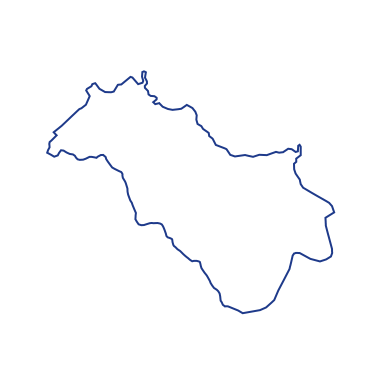 Lattakia, Lattakia, Syria, rotated 102°
{"feature_id": "27442178B94813764709421", "entity_name": "Lattakia", "entity_type": "district", "adm_level": 2, "iso_a3": "SYR", "parent_name": "Syria", "parent_adm1": "Lattakia", "projection": "orthographic", "projection_center": [35.92, 35.7], "detail": "fine", "context": "isolated", "style": "outline", "palette": "blue", "viewbox_px": 384, "rotation_deg": 102, "n_neighbors": 0, "source": "geoboundaries", "source_scale": "gbopen_adm2", "svg_char_len": 4404}
<svg xmlns="http://www.w3.org/2000/svg" viewBox="0 0 384 384"><g transform="rotate(102 192 192)"><path d="M300.0,117.2L293.4,100.9L290.6,97.0L289.5,95.5L283.5,91.1L280.6,89.1L270.4,87.1L259.0,83.9L247.0,80.6L246.8,80.6L246.7,80.6L244.5,80.6L243.5,80.5L239.3,80.4L238.7,80.4L233.2,80.3L231.6,79.6L231.2,79.5L231.2,79.4L230.9,79.1L230.4,78.4L230.0,77.8L229.5,75.1L229.5,74.8L229.3,74.0L232.8,62.3L233.3,52.4L231.0,48.4L230.0,46.7L226.2,42.7L225.4,42.6L224.7,42.5L224.0,42.4L223.2,42.3L222.6,42.2L222.1,42.3L221.2,42.6L220.8,42.7L218.6,43.2L207.8,48.7L205.3,50.0L203.5,50.9L197.1,54.1L195.0,54.6L194.5,54.8L193.5,55.0L189.5,56.1L186.2,52.7L184.4,50.8L184.1,50.5L184.0,50.4L182.4,48.7L180.2,50.0L176.7,52.1L174.1,55.6L172.9,59.1L169.6,69.5L167.9,74.7L164.7,84.2L161.7,87.3L158.6,88.7L158.0,88.9L157.4,89.2L154.8,92.0L152.4,94.5L148.5,96.8L144.0,97.9L143.2,98.1L140.8,96.3L137.7,97.0L133.4,93.3L127.8,94.5L126.2,94.8L125.5,95.0L125.0,95.1L124.6,95.5L124.2,95.9L123.5,96.6L124.7,97.7L129.4,97.0L129.8,97.0L130.2,96.9L131.3,98.9L129.8,102.4L129.4,103.4L129.6,105.6L129.7,106.9L133.5,110.6L134.1,111.1L135.4,114.9L135.4,115.7L135.3,118.2L138.4,123.3L140.4,126.5L141.6,133.9L144.9,139.6L144.9,144.4L144.8,147.8L148.3,157.4L147.7,162.3L146.3,163.7L143.1,167.0L142.9,167.3L142.5,169.0L141.0,178.5L136.4,182.2L135.6,182.9L135.1,183.8L133.7,186.8L130.8,187.9L130.7,188.0L129.7,190.3L129.0,192.0L128.4,193.4L128.0,194.3L125.6,196.6L125.3,197.6L124.3,200.7L120.3,202.8L117.2,203.2L116.3,203.3L116.2,203.3L115.9,203.4L112.7,205.5L111.9,206.5L109.8,209.0L109.0,211.5L107.9,215.2L110.5,217.6L112.8,219.8L113.9,222.7L115.7,228.1L115.8,232.8L114.7,238.4L113.5,240.2L112.1,242.3L111.9,242.5L113.7,246.2L112.2,248.6L108.8,245.9L108.5,245.9L108.4,245.9L107.9,246.0L107.3,246.1L107.2,246.2L107.0,246.6L106.5,247.7L106.1,248.7L106.2,249.3L106.6,252.4L105.6,254.8L103.7,255.5L102.3,256.1L100.1,259.4L99.9,259.7L98.9,260.0L98.1,260.2L96.8,259.5L95.3,258.6L93.2,259.1L91.8,260.2L90.0,261.7L87.7,261.9L86.4,261.9L85.3,262.0L84.5,262.0L84.1,263.3L84.0,264.1L85.0,265.5L86.3,265.3L87.0,265.2L89.4,264.9L89.9,264.7L93.4,262.8L94.2,262.9L95.4,263.1L97.7,267.1L92.4,274.1L92.2,276.1L101.5,283.5L102.3,286.1L102.6,286.8L110.0,289.4L111.1,291.5L111.4,292.6L112.3,297.8L110.3,304.0L106.4,308.4L105.9,309.0L105.7,309.3L107.2,311.9L109.5,312.4L112.1,315.2L113.1,316.2L114.7,316.6L118.3,313.1L118.9,312.5L119.5,312.0L121.5,312.4L128.7,313.9L133.1,317.6L134.3,319.4L136.7,321.1L143.5,325.8L154.3,333.2L162.3,339.7L163.3,338.3L164.2,337.0L164.7,336.2L167.8,338.2L170.7,340.1L171.0,340.3L172.7,341.6L173.7,341.6L174.8,341.6L175.1,341.4L177.9,340.6L181.0,341.5L183.7,341.8L184.4,339.3L184.9,337.7L185.0,337.2L185.3,336.5L186.1,334.1L184.1,330.9L181.5,330.2L178.4,328.8L178.2,326.2L179.4,323.0L180.2,319.5L180.0,316.3L180.9,314.1L182.5,312.6L183.8,310.7L183.9,308.5L183.0,305.2L181.5,302.8L178.9,299.5L178.5,297.5L178.4,294.7L178.4,292.5L177.6,292.0L177.1,291.6L174.8,288.9L174.2,286.5L174.9,285.4L175.3,284.5L175.8,283.7L177.6,282.8L179.8,280.6L182.5,277.6L184.6,275.2L185.5,272.4L186.7,267.8L187.2,265.4L187.9,264.6L189.0,263.7L190.3,263.5L192.5,262.6L193.9,261.3L195.7,259.6L197.3,258.5L199.3,257.4L202.0,255.9L205.1,255.1L207.7,254.0L209.8,252.7L213.1,250.6L215.1,248.6L216.5,247.8L217.6,247.1L220.8,244.9L224.2,242.5L226.4,242.3L228.9,241.9L230.4,241.7L232.4,239.9L234.7,237.5L235.0,234.7L234.3,232.1L232.8,229.5L231.3,226.8L230.7,225.1L230.5,223.1L230.0,221.2L229.5,219.2L229.5,216.6L230.0,214.8L231.3,213.5L231.5,213.3L232.0,212.9L233.4,211.9L234.9,210.9L237.2,209.5L238.0,209.0L238.8,208.6L240.3,207.9L241.4,206.4L241.6,204.3L241.7,204.0L241.7,203.8L242.1,202.0L242.7,201.5L242.8,201.4L245.1,200.6L247.6,199.3L248.5,198.5L248.6,198.3L249.4,196.7L251.0,194.3L251.8,192.3L252.2,191.3L252.9,190.2L254.6,187.6L255.7,185.7L256.2,184.8L257.2,182.8L257.4,182.3L258.7,180.0L259.3,178.5L259.7,177.4L259.0,175.9L258.9,175.4L258.4,173.0L258.5,170.8L258.7,170.2L258.9,169.7L260.5,168.9L262.5,168.0L264.5,166.9L265.7,165.7L268.3,163.0L269.1,162.0L270.6,160.2L271.8,159.1L273.5,157.6L275.5,155.9L276.5,155.3L277.0,155.0L278.8,153.3L278.9,153.2L280.0,152.0L281.3,150.5L281.9,148.9L282.5,147.4L283.6,145.7L285.4,144.0L285.5,143.9L288.3,142.7L290.2,142.1L290.5,142.0L292.3,141.4L293.8,139.9L295.9,138.4L296.7,136.7L297.1,135.9L296.8,135.5L296.4,133.1L296.7,131.2L297.2,128.5L298.3,122.3L300.0,117.2Z" fill="none" stroke="#1e3a8a" stroke-width="2"/></g></svg>